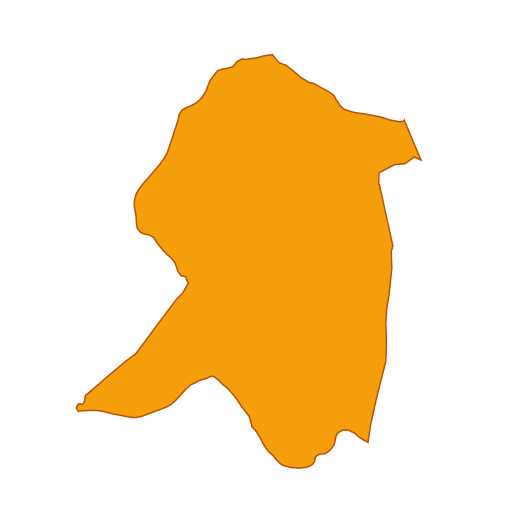 Maswar, Hajjah, Yemen (Natural Earth projection), rotated 11°
{"feature_id": "15242507B94987708240624", "entity_name": "Maswar", "entity_type": "district", "adm_level": 2, "iso_a3": "YEM", "parent_name": "Yemen", "parent_adm1": "Hajjah", "projection": "natural_earth1", "projection_center": [43.687, 15.597], "detail": "fine", "context": "isolated", "style": "filled", "palette": "amber", "viewbox_px": 512, "rotation_deg": 11, "n_neighbors": 0, "source": "geoboundaries", "source_scale": "gbopen_adm2", "svg_char_len": 3343}
<svg xmlns="http://www.w3.org/2000/svg" viewBox="0 0 512 512"><g transform="rotate(11 256 256)"><path d="M248.2,62.8L246.7,62.7L241.7,61.8L237.6,58.7L234.0,55.5L233.7,55.2L229.3,56.7L224.4,58.5L220.1,60.8L219.9,60.9L208.9,64.8L204.6,65.5L204.6,65.3L203.7,65.9L199.8,69.4L197.5,74.4L192.3,77.1L187.6,78.8L183.4,81.1L182.9,81.7L182.4,82.4L181.7,83.7L179.9,87.3L177.6,92.1L176.4,97.4L175.7,103.1L173.6,108.4L171.1,113.3L167.9,117.3L163.7,120.8L159.4,123.6L155.6,126.7L153.6,131.9L153.4,138.1L152.8,143.5L152.1,148.8L151.8,151.7L151.5,154.8L150.7,160.1L150.0,165.8L149.7,167.6L149.3,171.3L147.5,176.5L145.5,181.6L142.9,186.5L140.3,191.1L139.2,193.1L137.8,195.7L135.2,200.1L132.4,204.7L129.9,209.3L127.6,214.6L126.3,219.1L126.1,225.1L126.5,227.5L127.0,230.2L128.7,234.9L129.1,235.7L131.0,240.9L132.4,246.8L134.3,251.6L138.2,254.9L143.0,255.7L147.3,255.8L147.7,255.8L152.3,257.5L155.9,261.5L156.2,261.7L159.8,265.0L160.4,265.5L164.3,268.7L168.6,271.5L169.7,272.2L173.1,274.2L177.2,277.4L179.9,281.7L182.4,286.1L186.0,289.6L190.8,289.8L194.7,295.8L191.0,306.6L186.4,313.3L173.4,339.9L164.5,358.8L160.1,367.8L156.3,375.4L149.2,383.0L137.5,397.4L130.5,406.1L120.8,418.6L115.2,425.4L115.3,430.1L115.2,432.7L113.9,434.8L111.8,434.8L111.7,434.8L109.9,435.1L109.1,436.6L109.0,437.2L108.5,439.2L110.9,442.3L111.0,442.2L114.1,441.4L114.6,441.2L122.8,439.2L128.5,438.1L134.0,437.7L145.0,438.3L151.8,438.3L160.9,438.2L165.0,438.1L166.8,437.8L169.1,437.4L174.5,435.2L196.6,421.6L200.7,418.1L204.2,413.8L208.8,406.3L210.1,404.2L212.9,399.6L216.5,394.9L219.5,392.7L219.7,392.8L219.9,392.6L223.0,390.0L223.6,389.5L226.9,387.5L229.6,386.3L229.6,386.2L232.7,384.1L235.1,382.5L237.5,382.3L243.8,385.5L248.3,388.7L250.1,389.4L253.5,391.5L258.3,395.0L259.0,395.5L263.5,399.4L268.7,404.6L270.9,407.2L272.0,407.8L276.5,411.7L276.5,411.8L279.8,414.6L283.7,421.9L284.3,424.2L284.6,424.3L285.4,424.9L287.7,426.7L290.1,428.4L291.8,430.5L293.8,432.8L295.8,434.9L296.8,436.3L297.6,437.3L299.7,439.8L301.7,442.0L303.5,443.7L303.7,443.9L305.5,445.4L307.6,446.7L309.6,448.0L311.7,449.3L313.5,451.0L315.3,452.5L317.2,453.6L317.7,454.0L320.0,455.6L320.5,455.7L322.3,456.3L324.7,456.7L327.3,456.7L329.9,456.7L332.4,456.8L334.5,456.4L337.1,456.2L339.5,455.7L341.3,455.3L342.8,454.7L344.6,454.3L346.7,453.2L346.9,453.1L349.4,451.6L351.2,449.8L352.5,447.1L352.7,445.0L352.7,442.5L352.9,441.6L353.8,440.5L356.7,438.1L360.4,437.3L361.4,437.0L364.5,434.0L366.1,431.9L367.5,429.3L368.5,426.8L368.9,424.2L368.9,421.2L368.9,418.3L369.5,415.6L370.7,413.6L372.6,411.7L374.9,410.3L377.1,409.8L379.6,409.2L379.9,409.2L383.3,410.2L384.9,410.7L387.1,411.3L389.4,412.8L391.6,414.1L394.5,415.2L396.5,416.1L399.1,416.8L401.5,417.6L400.7,400.8L401.4,373.1L402.3,356.1L403.5,335.6L402.9,331.0L401.6,321.7L399.1,309.4L396.3,297.8L394.3,281.9L394.1,271.2L393.2,258.9L391.6,241.6L390.5,237.2L387.9,225.7L388.5,220.2L364.2,164.0L363.4,162.2L362.5,161.8L360.9,150.8L374.7,139.8L384.6,137.0L392.5,128.6L399.6,130.3L375.8,94.7L375.8,95.0L371.6,96.9L370.7,96.9L365.8,96.9L360.5,96.9L355.3,96.1L350.1,95.7L344.6,95.7L339.5,95.8L334.2,95.9L329.1,96.2L323.9,96.3L318.7,95.8L318.3,95.7L314.0,95.0L309.5,92.0L307.8,90.2L305.0,87.4L301.8,83.5L297.3,81.4L285.0,77.4L280.0,75.6L275.1,75.6L270.4,73.8L266.0,72.2L261.1,69.4L256.5,66.8L252.0,64.6L248.2,62.8Z" fill="#f59e0b" stroke="#b45309" stroke-width="1.5"/></g></svg>